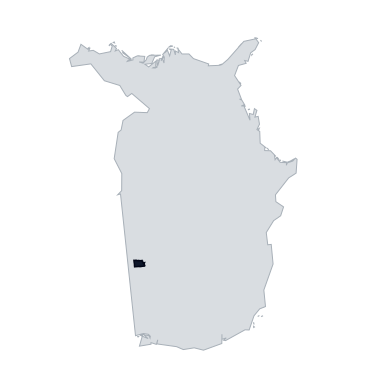 location of Blaine, Montana, United States of America, rotated 264°
{"feature_id": "52423323B87448243037078", "entity_name": "Blaine", "entity_type": "district", "adm_level": 2, "iso_a3": "USA", "parent_name": "United States of America", "parent_adm1": "Montana", "projection": "albers", "projection_center": [-109.013, 48.36], "detail": "fine", "context": "in_parent", "style": "filled", "palette": "ink", "viewbox_px": 384, "rotation_deg": 264, "n_neighbors": 0, "source": "geoboundaries", "source_scale": "gbopen_adm2", "svg_char_len": 4450}
<svg xmlns="http://www.w3.org/2000/svg" viewBox="0 0 384 384"><g transform="rotate(264 192 192)"><path d="M311.8,116.5L330.0,104.8L329.3,85.4L337.5,84.1L343.0,93.3L350.5,97.0L344.8,103.4L345.4,105.3L343.0,103.9L343.2,108.6L339.0,114.3L340.1,125.7L345.5,127.9L347.4,126.2L345.9,124.8L347.0,125.2L348.3,127.1L342.6,131.9L340.3,130.4L341.2,133.6L334.1,138.1L330.2,144.8L329.8,142.3L328.6,141.2L329.5,147.1L331.5,147.2L333.1,151.8L331.8,159.2L326.1,157.7L326.9,153.0L325.2,156.8L328.1,160.2L330.9,161.6L332.3,164.0L331.4,175.4L330.4,169.0L324.0,165.4L324.0,158.5L320.9,162.0L326.0,169.8L321.1,169.0L319.9,169.8L319.9,166.6L319.5,165.9L319.1,168.5L319.8,170.3L327.1,171.0L326.4,173.1L322.5,171.3L321.3,171.2L326.2,173.3L327.9,173.4L328.0,175.9L325.5,175.0L329.7,177.0L329.2,177.7L327.1,176.7L323.2,177.6L329.0,178.6L331.8,177.2L338.1,183.7L332.9,178.9L335.5,182.4L329.7,184.0L335.3,186.1L336.7,184.1L335.8,188.7L330.1,189.8L334.0,190.2L332.0,193.2L335.8,193.0L330.3,196.5L329.6,203.4L324.5,207.4L317.6,222.0L315.8,221.4L315.1,232.5L315.6,235.0L320.1,241.5L336.4,259.3L337.7,271.5L333.5,273.9L327.0,269.6L324.3,264.9L316.1,261.4L317.3,258.1L314.3,259.3L313.0,251.4L303.3,246.5L292.9,251.9L289.6,248.1L278.6,251.0L279.5,248.9L278.1,251.2L273.3,253.4L272.4,250.0L272.2,252.6L257.3,257.2L264.1,257.3L262.7,261.0L268.4,262.8L266.4,265.1L259.9,262.4L260.3,265.7L252.4,266.2L247.3,263.1L245.2,265.7L233.4,264.9L227.9,270.6L229.3,269.1L225.6,268.6L224.8,274.4L218.6,279.2L220.0,277.8L215.4,278.0L217.3,279.6L212.3,282.8L211.2,289.2L208.7,288.6L211.0,289.9L212.2,295.4L214.9,298.5L213.5,299.9L199.9,297.5L195.9,289.6L180.5,274.7L173.6,274.4L167.6,281.5L159.1,277.7L155.0,270.2L143.9,261.6L131.6,261.8L131.6,265.3L111.9,265.1L87.0,253.2L70.4,253.1L68.7,247.1L62.4,240.7L48.8,234.4L49.4,230.3L40.7,209.8L41.3,207.9L43.3,210.8L42.4,206.4L47.4,206.9L38.2,205.8L33.5,186.9L36.8,177.9L36.2,166.9L39.8,160.5L44.6,141.2L48.6,142.5L44.2,140.6L46.5,135.5L44.9,135.3L44.2,123.6L53.8,127.5L50.8,133.0L54.8,129.4L53.7,134.2L51.1,135.0L52.8,135.5L55.0,133.8L56.4,128.9L55.0,120.8L197.5,120.7L197.0,117.8L200.7,122.2L217.7,124.1L233.3,118.1L259.0,124.8L261.1,128.0L270.4,130.9L277.4,143.2L275.6,155.8L279.4,158.4L296.3,142.4L293.6,137.8L295.0,136.3L305.5,131.3L311.8,116.5ZM337.4,139.1L340.3,136.9L330.4,145.7L338.0,137.3L337.4,139.1ZM54.9,125.7L55.7,129.0L55.6,129.5L54.1,126.8L54.9,125.7ZM214.5,297.6L212.1,292.9L211.8,290.1L212.5,293.0L214.5,297.6ZM345.7,103.3L346.5,104.8L345.8,104.8L345.7,103.3ZM247.7,264.5L248.3,265.6L246.9,264.9L247.7,264.5ZM53.7,239.9L55.4,239.5L55.5,239.7L53.7,239.9ZM52.0,239.2L51.2,240.0L50.8,239.2L52.0,239.2ZM345.6,130.5L345.3,131.9L344.9,131.8L345.6,130.5ZM212.4,287.4L211.7,289.8L213.4,285.1L212.4,287.4ZM331.3,253.4L334.5,256.9L330.8,253.1L331.3,253.4ZM61.6,244.8L62.1,246.1L61.5,244.9L61.6,244.8ZM338.6,271.8L337.7,273.7L338.9,270.1L338.6,271.8ZM339.7,186.1L339.1,188.3L338.5,183.9L339.7,186.1ZM54.0,122.9L53.9,123.8L53.4,123.2L54.0,122.9ZM217.5,280.5L215.2,281.9L217.5,280.2L217.5,280.5ZM348.9,129.3L349.4,130.3L348.3,130.6L348.9,129.3ZM61.1,248.2L61.5,249.7L60.9,248.3L61.1,248.2ZM214.7,282.9L213.8,283.6L214.5,282.6L214.7,282.9ZM332.6,166.0L332.2,168.8L332.4,165.0L332.6,166.0ZM227.3,271.7L225.9,272.9L227.9,271.0L227.3,271.7ZM315.8,233.5L316.1,235.4L315.5,234.2L315.8,233.5ZM336.5,193.1L336.1,193.6L336.9,191.7L336.5,193.1ZM296.7,250.2L295.2,251.7L294.4,251.8L296.7,250.2ZM272.6,253.3L272.3,253.7L271.2,253.9L272.6,253.3ZM322.4,265.8L323.0,267.0L321.9,265.7L322.4,265.8ZM268.4,257.1L268.4,258.3L267.8,256.3L268.4,257.1ZM335.4,276.4L334.4,276.9L335.8,276.0L335.4,276.4ZM333.1,152.7L333.0,154.1L333.1,152.1L333.1,152.7ZM338.2,189.1L337.8,189.8L337.7,189.8L338.2,189.1Z" fill="#d9dde1" stroke="#a8b0b8" stroke-width="1"/><path d="M126.7,137.2L126.7,136.1L126.7,135.7L127.9,135.7L128.1,135.7L128.1,135.4L128.2,135.1L128.3,135.1L129.1,135.2L129.1,133.3L129.2,131.5L129.5,131.6L129.5,130.5L129.7,129.2L130.0,129.2L130.0,127.8L130.1,127.1L129.3,127.1L128.1,127.1L126.8,127.2L126.1,127.2L124.9,127.1L123.6,127.1L123.6,127.8L123.5,130.6L123.5,130.9L123.7,131.5L123.5,131.9L123.4,131.9L123.4,132.7L123.2,132.7L123.2,133.3L123.3,133.3L123.3,134.0L123.3,136.1L123.3,137.1L123.5,137.2L123.8,137.2L123.9,137.3L124.3,137.0L124.5,137.0L124.5,136.9L124.7,136.7L124.9,136.7L125.1,136.7L125.3,136.8L125.8,136.6L126.0,136.7L126.3,136.7L126.4,136.9L126.5,137.0L126.4,137.1L126.6,137.1L126.7,137.2Z" fill="#0f172a" stroke="#020617" stroke-width="1.5"/></g></svg>